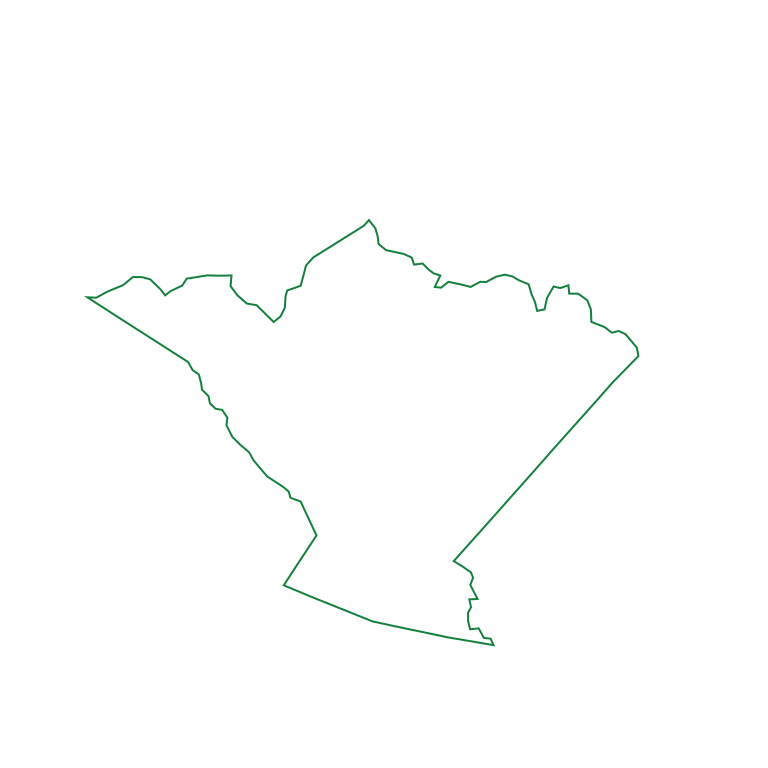 outline of Correntes, Pernambuco, Brazil, rotated 227°
{"feature_id": "56859067B37982637523189", "entity_name": "Correntes", "entity_type": "district", "adm_level": 2, "iso_a3": "BRA", "parent_name": "Brazil", "parent_adm1": "Pernambuco", "projection": "mercator", "projection_center": [-36.322, -9.122], "detail": "fine", "context": "isolated", "style": "outline", "palette": "green", "viewbox_px": 768, "rotation_deg": 227, "n_neighbors": 0, "source": "geoboundaries", "source_scale": "gbopen_adm2", "svg_char_len": 1666}
<svg xmlns="http://www.w3.org/2000/svg" viewBox="0 0 768 768"><g transform="rotate(227 384 384)"><path d="M649.7,226.2L620.5,233.5L533.7,255.7L524.6,253.5L517.5,255.1L509.9,251.2L503.9,247.0L495.0,247.4L488.5,243.5L480.8,243.9L475.4,248.0L466.1,246.4L461.3,240.6L448.6,237.0L438.2,237.4L425.9,238.8L417.1,236.5L396.1,235.5L376.9,240.2L370.3,240.9L364.5,238.0L354.8,242.9L344.3,239.4L330.4,234.9L319.3,231.4L308.9,188.5L305.1,173.4L279.5,185.0L270.0,189.4L223.6,211.2L218.2,213.7L201.2,225.5L155.6,257.6L118.3,286.0L125.1,288.3L130.1,283.9L140.7,286.6L145.9,279.7L153.4,283.9L159.5,289.6L161.4,295.4L168.3,299.5L163.0,305.8L178.2,310.1L181.6,317.1L187.0,319.1L196.5,317.1L206.9,314.2L211.3,362.8L219.4,448.4L220.8,461.7L226.8,527.7L229.3,553.3L230.9,589.1L238.1,593.7L255.9,594.6L262.8,591.7L266.0,585.7L275.2,584.1L288.0,578.0L297.2,586.0L306.5,589.8L317.6,587.6L323.8,581.1L330.4,586.2L333.9,578.4L339.6,574.5L335.8,562.0L329.1,552.3L333.0,545.9L341.2,550.4L349.5,553.3L358.2,557.8L368.1,553.3L374.9,551.4L381.6,546.9L386.0,539.2L388.9,528.3L393.1,524.1L395.9,513.6L404.1,508.3L414.8,500.8L415.5,491.5L420.3,487.3L424.9,499.2L431.0,495.8L436.9,494.7L445.8,494.4L450.8,487.4L457.5,490.5L465.7,487.1L480.5,476.8L490.1,475.5L496.4,480.1L503.6,483.8L514.1,484.8L513.5,477.1L524.8,418.6L523.8,407.7L519.1,400.4L512.7,390.0L518.4,376.9L515.3,371.8L507.4,363.5L504.0,354.5L504.6,345.6L528.5,344.6L536.5,338.5L549.1,337.3L560.2,338.5L567.4,346.5L576.0,336.9L583.9,328.9L595.6,311.6L593.6,303.6L597.5,291.2L598.1,284.4L605.7,285.1L620.0,284.4L627.1,280.0L633.5,273.3L634.2,260.8L640.4,244.1L643.3,232.5L649.7,226.2Z" fill="none" stroke="#15803d" stroke-width="2"/></g></svg>